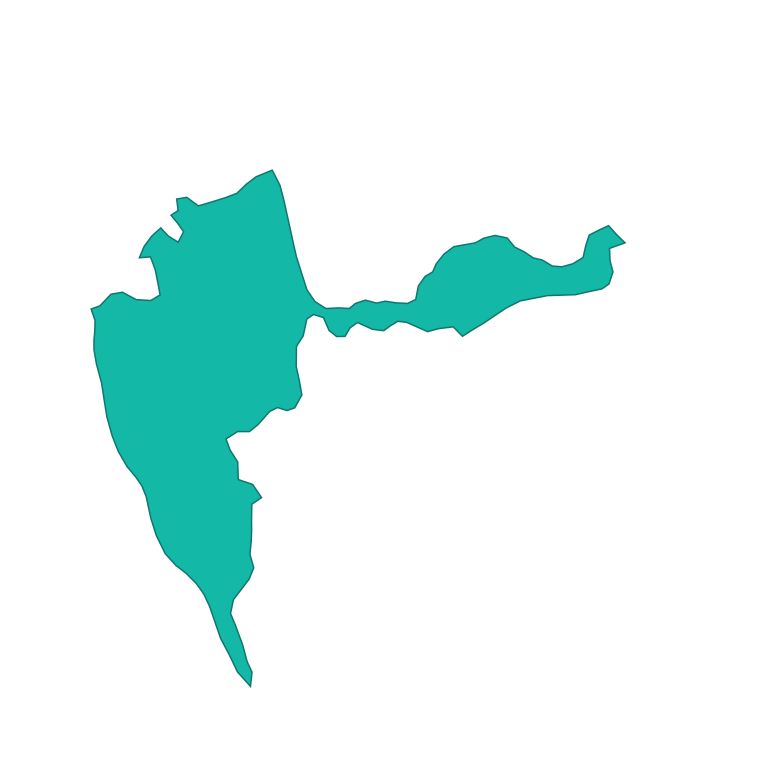 outline of Paulista, Pernambuco, Brazil, rotated 161°
{"feature_id": "56859067B6183136876088", "entity_name": "Paulista", "entity_type": "district", "adm_level": 2, "iso_a3": "BRA", "parent_name": "Brazil", "parent_adm1": "Pernambuco", "projection": "equal_earth", "projection_center": [-34.904, -7.91], "detail": "fine", "context": "isolated", "style": "filled", "palette": "teal", "viewbox_px": 768, "rotation_deg": 161, "n_neighbors": 0, "source": "geoboundaries", "source_scale": "gbopen_adm2", "svg_char_len": 2091}
<svg xmlns="http://www.w3.org/2000/svg" viewBox="0 0 768 768"><g transform="rotate(161 384 384)"><path d="M110.1,439.0L115.4,449.4L120.1,460.6L131.0,459.5L141.5,458.0L148.0,449.4L154.6,438.8L166.5,436.2L177.6,436.9L186.4,440.7L194.1,449.8L201.8,454.6L207.9,462.7L215.9,471.0L220.0,482.0L230.7,488.3L242.2,489.4L251.8,487.7L262.3,489.4L273.2,491.1L285.0,487.3L295.4,480.7L301.5,474.1L310.0,472.4L319.6,465.5L326.5,453.6L335.5,452.5L346.2,456.8L355.9,461.9L364.7,462.9L374.2,469.3L384.6,469.5L392.3,466.7L401.5,470.5L414.4,474.3L422.5,484.5L426.2,498.1L425.4,532.8L423.7,548.3L418.8,590.6L417.7,605.7L420.1,622.6L437.4,621.6L449.2,617.7L461.0,612.2L473.1,611.8L487.6,612.2L501.6,612.9L509.7,624.7L519.8,626.4L522.2,615.0L530.4,612.9L526.7,602.9L523.9,593.2L532.4,585.1L539.6,593.8L544.3,604.2L555.0,599.7L565.9,592.3L574.2,583.0L563.4,580.2L563.1,566.5L565.1,551.9L566.7,541.1L577.5,538.9L590.9,544.5L601.4,555.9L612.8,557.8L627.2,550.4L636.5,550.2L636.5,538.3L639.8,529.2L644.1,519.5L647.1,510.6L649.4,496.4L650.7,476.9L653.8,459.9L656.7,443.2L657.9,423.1L657.1,406.4L653.8,389.4L649.1,377.3L646.1,366.5L645.5,354.7L646.9,343.7L648.2,332.2L648.6,314.9L646.1,294.9L639.8,280.1L632.9,269.7L626.3,256.2L622.7,243.7L621.3,230.5L621.3,213.8L621.3,196.4L618.3,177.4L616.3,159.4L608.7,141.6L602.6,154.5L603.8,165.9L602.6,183.3L603.0,203.0L603.8,217.0L596.6,229.1L575.2,243.3L567.0,252.6L566.2,266.6L561.0,278.0L556.9,288.4L553.3,299.2L548.1,313.4L536.8,316.5L540.9,331.8L552.9,341.1L547.7,357.9L551.0,371.6L551.3,383.5L537.9,386.7L526.7,382.8L516.2,386.7L500.9,395.3L492.3,396.4L484.4,390.5L476.2,390.5L465.2,400.4L462.9,415.5L461.3,429.2L454.5,448.1L444.8,455.7L435.8,470.5L428.1,472.7L419.6,466.5L418.5,452.5L413.3,444.3L405.3,441.7L397.9,448.1L389.1,450.8L377.0,439.4L366.8,434.5L359.2,436.9L350.7,438.8L342.6,435.0L325.7,419.3L314.4,418.6L299.9,415.5L294.3,403.6L280.9,406.8L269.9,409.1L243.8,416.1L228.0,418.2L200.8,414.4L173.9,406.1L164.5,405.1L156.6,404.2L146.9,403.0L138.7,405.3L131.0,415.5L130.2,426.9L126.6,438.8L110.1,439.0Z" fill="#14b8a6" stroke="#0f766e" stroke-width="1.5"/></g></svg>